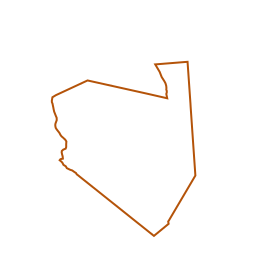 Colônia do Piauí, Piauí, Brazil (Natural Earth projection), rotated 296°
{"feature_id": "56859067B77362904011032", "entity_name": "Colônia do Piauí", "entity_type": "district", "adm_level": 2, "iso_a3": "BRA", "parent_name": "Brazil", "parent_adm1": "Piauí", "projection": "natural_earth1", "projection_center": [-42.198, -7.273], "detail": "fine", "context": "isolated", "style": "outline", "palette": "amber", "viewbox_px": 256, "rotation_deg": 296, "n_neighbors": 0, "source": "geoboundaries", "source_scale": "gbopen_adm2", "svg_char_len": 959}
<svg xmlns="http://www.w3.org/2000/svg" viewBox="0 0 256 256"><g transform="rotate(296 128 128)"><path d="M197.1,124.6L192.3,131.9L188.6,135.9L185.9,140.3L184.6,142.1L182.6,143.9L180.8,145.0L179.3,145.6L178.3,146.6L176.8,147.3L175.4,147.5L171.9,150.2L167.3,130.5L153.0,70.8L125.9,48.8L122.5,46.6L119.1,47.6L117.8,48.3L116.8,49.5L115.7,50.3L113.8,51.8L112.3,52.9L110.4,54.4L107.1,58.0L105.9,59.4L103.8,60.5L100.8,60.8L99.6,61.0L98.1,61.7L96.5,62.9L95.6,64.3L94.6,66.3L93.6,68.4L92.2,70.3L91.4,71.8L91.0,73.3L90.0,76.7L88.9,78.5L86.2,79.6L83.8,80.8L82.1,81.0L80.2,79.3L78.4,78.6L77.1,79.0L75.4,80.3L74.0,81.6L71.9,82.9L70.4,81.0L69.1,80.7L68.5,83.1L67.8,84.6L66.6,86.1L66.3,88.9L65.1,90.6L65.1,94.4L65.4,96.5L65.0,98.8L64.7,101.1L63.9,102.2L63.6,103.8L62.4,109.1L42.4,198.6L59.7,206.5L61.6,205.1L62.8,205.3L65.5,205.5L102.1,208.4L114.8,209.4L143.6,192.8L174.7,174.9L177.2,173.5L213.6,152.5L197.1,124.6Z" fill="none" stroke="#b45309" stroke-width="2"/></g></svg>